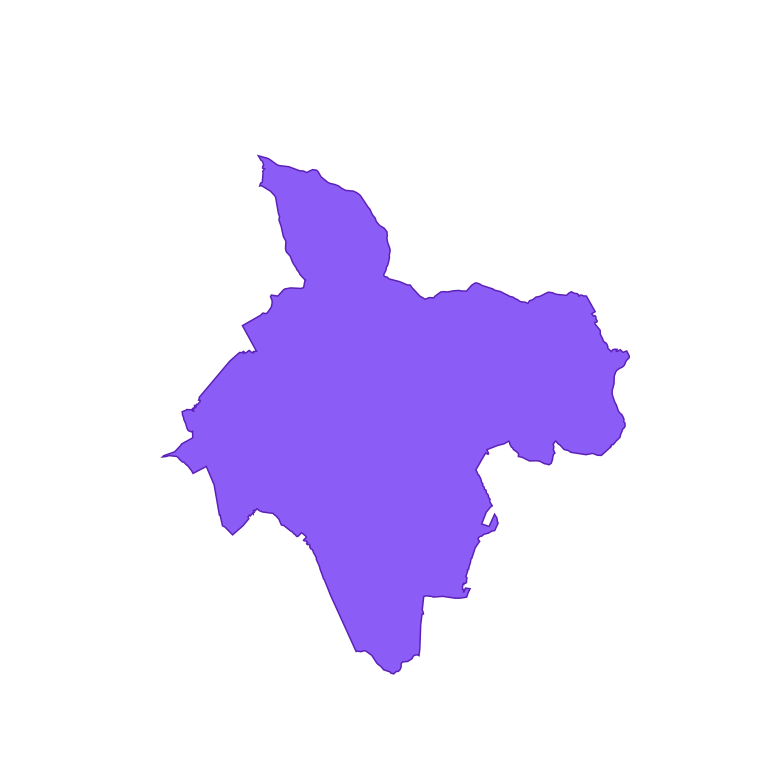 Stanita, Neamt, Romania (orthographic projection), rotated 332°
{"feature_id": "2599482B66033440846338", "entity_name": "Stanita", "entity_type": "district", "adm_level": 2, "iso_a3": "ROU", "parent_name": "Romania", "parent_adm1": "Neamt", "projection": "orthographic", "projection_center": [27.139, 47.016], "detail": "fine", "context": "isolated", "style": "filled", "palette": "violet", "viewbox_px": 768, "rotation_deg": 332, "n_neighbors": 0, "source": "geoboundaries", "source_scale": "gbopen_adm2", "svg_char_len": 6171}
<svg xmlns="http://www.w3.org/2000/svg" viewBox="0 0 768 768"><g transform="rotate(332 384 384)"><path d="M233.8,607.1L235.0,607.3L237.9,609.5L241.5,610.3L242.6,611.3L245.8,617.9L246.6,627.0L247.1,628.6L248.7,632.1L249.5,636.1L253.8,640.7L254.3,641.4L254.3,642.4L256.4,644.5L259.9,643.6L261.8,644.5L264.5,643.5L266.2,641.9L268.0,638.9L269.8,638.1L274.7,640.1L279.7,639.7L282.1,638.0L284.2,638.0L286.2,638.7L287.4,640.3L291.3,634.6L303.5,613.6L309.6,605.0L310.8,605.6L311.3,604.4L311.8,601.3L319.3,590.3L321.9,590.9L326.2,593.8L327.5,595.3L336.2,599.1L346.5,606.7L350.7,608.8L356.9,611.0L360.3,607.8L363.9,605.2L360.1,602.4L357.0,605.1L356.6,604.8L358.1,603.1L356.9,602.2L358.5,599.3L359.5,598.2L360.3,598.6L360.6,597.4L362.5,598.3L364.0,597.6L364.4,596.5L366.3,594.0L365.9,592.4L370.1,588.4L370.1,587.7L372.1,587.1L372.1,586.5L376.5,582.2L378.5,579.4L379.5,579.3L387.7,571.4L394.6,567.8L394.3,566.5L394.5,564.4L396.9,563.7L399.3,564.2L401.6,563.6L406.2,564.7L410.1,564.5L412.9,565.4L419.5,560.4L419.6,558.4L420.8,555.3L420.5,550.9L409.9,559.1L404.6,553.4L414.1,545.2L420.5,542.6L422.4,542.4L422.1,538.2L422.3,537.1L423.4,535.8L423.5,534.7L422.9,533.3L423.5,532.5L423.9,530.5L423.2,528.0L423.6,527.4L423.6,526.8L424.1,526.3L424.1,525.3L423.3,524.0L424.0,522.2L423.5,519.5L424.5,518.4L424.0,517.2L424.9,513.2L425.0,509.5L424.5,507.4L424.9,504.8L424.7,503.0L441.2,492.7L442.9,494.9L443.7,494.5L444.0,490.3L455.3,491.6L462.0,493.2L467.2,493.0L467.5,494.0L466.9,496.2L466.9,499.6L467.6,500.8L467.5,502.6L469.5,506.6L470.0,508.9L468.6,511.1L471.5,513.5L476.3,520.2L483.4,523.8L485.6,525.7L488.3,529.8L489.0,530.1L491.8,532.8L494.5,532.5L497.5,529.6L498.4,528.1L500.8,525.6L502.5,525.2L502.7,521.5L504.5,519.2L505.1,516.6L508.5,514.9L508.9,515.2L509.8,519.1L510.7,520.2L512.2,526.3L515.2,529.1L516.3,530.6L516.7,531.9L529.1,541.2L535.6,543.2L538.9,547.0L541.3,548.5L542.5,549.1L555.1,545.9L554.9,545.2L556.6,544.5L557.7,545.1L558.5,544.9L562.1,543.4L567.3,541.9L569.1,539.8L574.2,535.6L575.5,535.5L577.1,534.4L578.4,531.7L578.0,530.1L579.3,527.8L579.6,526.2L579.6,522.8L578.5,519.9L578.3,517.6L579.3,511.8L579.3,508.2L580.3,501.7L581.1,499.3L582.5,496.8L587.2,491.8L591.0,485.1L594.1,482.3L595.7,481.3L598.8,480.8L602.2,481.0L604.9,480.3L609.0,477.1L612.9,475.9L613.7,474.3L613.8,468.8L609.8,468.2L608.8,464.7L605.4,464.7L604.5,464.2L604.5,463.8L606.1,462.9L604.5,461.8L602.1,461.1L599.9,462.1L598.4,457.4L599.2,455.9L599.5,453.5L599.0,451.4L598.2,450.8L597.9,448.4L598.3,446.7L598.3,441.9L599.9,438.5L600.0,437.6L598.5,430.0L599.3,428.5L600.8,429.3L601.6,428.8L601.9,428.0L601.7,426.3L602.7,423.9L602.2,422.5L600.9,422.5L600.4,419.5L604.4,419.3L604.0,401.4L601.3,399.7L600.5,398.5L598.9,397.6L597.6,398.1L597.3,397.7L597.5,396.2L597.0,394.9L594.7,393.3L592.8,390.6L590.2,390.5L586.7,391.4L580.1,387.0L577.4,384.9L575.7,382.5L572.0,380.0L562.9,379.8L558.9,378.6L554.9,379.4L551.7,378.8L549.1,380.2L548.4,380.1L547.3,378.2L543.6,375.7L542.5,374.5L541.6,372.2L540.2,370.8L538.7,367.9L536.4,365.9L530.1,356.9L525.7,353.1L524.8,351.2L516.7,342.9L515.4,340.5L512.9,338.0L511.5,337.6L507.6,338.0L500.5,340.7L495.9,338.1L494.0,336.5L489.0,334.3L483.2,332.5L480.0,330.4L477.3,329.4L470.3,330.4L468.3,331.3L464.5,328.9L460.2,328.5L456.9,323.1L453.9,311.8L453.7,309.2L452.7,308.3L451.5,307.9L445.8,300.9L437.8,293.6L437.0,291.2L435.0,289.4L434.8,288.6L435.0,287.4L439.3,284.3L441.1,281.8L442.5,281.3L445.8,277.9L448.2,274.9L449.1,272.8L452.1,269.0L452.9,266.4L453.6,261.0L455.2,256.1L456.2,255.2L458.1,251.0L457.3,246.5L454.6,242.1L453.5,236.9L454.1,233.3L453.2,229.0L453.6,222.9L453.0,220.6L451.7,207.0L451.1,204.9L449.8,202.4L447.6,199.4L440.9,194.9L438.5,191.3L436.8,187.7L434.4,184.9L430.3,181.3L429.0,179.4L425.7,171.6L425.5,165.6L424.8,163.5L421.6,161.2L414.9,160.9L413.0,158.2L409.7,156.2L401.9,147.4L394.6,142.4L392.6,140.5L388.4,131.8L387.1,130.0L380.2,123.5L380.4,128.5L381.3,130.6L380.5,134.2L379.1,134.9L378.1,136.4L379.6,138.0L376.9,139.1L376.1,141.2L371.2,148.8L369.4,148.7L367.2,150.8L368.7,151.3L369.4,152.1L374.3,160.5L375.8,166.0L376.0,168.1L370.8,184.0L370.4,187.1L368.4,189.6L368.1,190.7L367.2,196.5L364.4,206.5L364.4,211.9L360.7,218.0L359.9,220.6L359.9,222.1L361.2,227.0L360.4,233.7L360.6,237.4L361.0,239.9L360.7,241.8L361.4,245.9L361.2,247.7L362.9,254.2L363.6,255.5L362.5,255.8L358.9,260.4L358.0,261.1L355.7,260.7L346.6,255.3L341.0,253.5L339.5,253.7L331.5,256.5L326.3,252.6L324.8,253.6L324.4,257.6L323.4,259.8L320.5,263.3L313.8,266.6L312.2,266.0L310.4,264.5L307.0,265.4L286.4,266.0L286.8,295.2L283.9,294.0L283.6,294.2L283.6,295.0L283.0,295.0L281.9,294.0L280.7,291.0L276.7,291.7L275.6,291.0L275.5,289.8L274.5,290.6L274.7,289.4L272.7,289.4L271.4,288.4L269.3,288.8L258.6,291.4L214.7,309.0L213.6,310.6L212.7,311.2L213.8,312.1L213.8,312.9L209.8,314.6L209.1,314.0L207.8,314.7L206.6,314.0L206.2,314.9L206.7,315.5L207.5,315.5L207.5,315.9L205.1,316.4L204.8,315.8L204.2,316.1L203.5,315.7L202.8,316.5L203.5,317.6L203.5,318.4L203.2,318.7L202.6,318.3L202.6,317.5L202.1,316.4L197.7,313.9L197.1,314.2L192.8,313.7L191.5,317.1L191.3,319.3L190.6,321.5L190.3,326.2L189.3,330.5L189.2,332.7L189.6,333.7L191.4,335.8L192.7,335.9L190.1,341.3L189.4,341.7L177.2,341.9L175.4,342.9L167.3,345.6L155.9,343.9L154.2,344.4L157.2,345.6L160.7,346.4L166.9,350.6L167.5,351.7L168.1,354.5L169.4,358.2L170.8,359.5L171.6,362.9L172.2,363.3L173.4,370.3L173.4,373.3L188.4,373.4L186.7,393.2L177.4,421.6L177.2,422.5L177.8,422.6L174.8,433.4L176.4,435.6L179.5,446.1L193.2,442.9L201.4,439.5L201.5,437.4L203.6,436.6L203.9,437.7L207.3,436.4L207.5,437.3L207.9,436.5L209.1,436.5L209.3,434.4L210.3,434.5L210.7,435.5L213.3,434.5L214.4,437.2L216.7,440.0L225.5,446.3L225.6,447.5L226.7,449.7L227.7,454.1L227.2,460.3L229.1,461.9L232.6,470.0L233.7,471.6L234.0,473.7L234.9,475.4L235.3,477.6L236.5,478.1L241.2,476.7L241.8,477.4L243.5,481.6L243.4,482.9L239.6,484.1L239.8,484.9L241.8,486.2L242.0,488.2L240.9,488.2L240.7,489.2L241.0,490.0L242.8,490.5L242.9,490.8L242.7,492.1L241.9,492.9L241.9,495.0L242.7,496.0L243.0,497.2L242.5,500.6L242.8,501.6L242.6,503.8L242.8,505.3L241.9,507.2L241.4,514.3L240.6,517.8L239.6,525.4L239.2,527.0L239.4,529.4L237.6,545.7L233.8,607.1Z" fill="#8b5cf6" stroke="#5b21b6" stroke-width="1.5"/></g></svg>